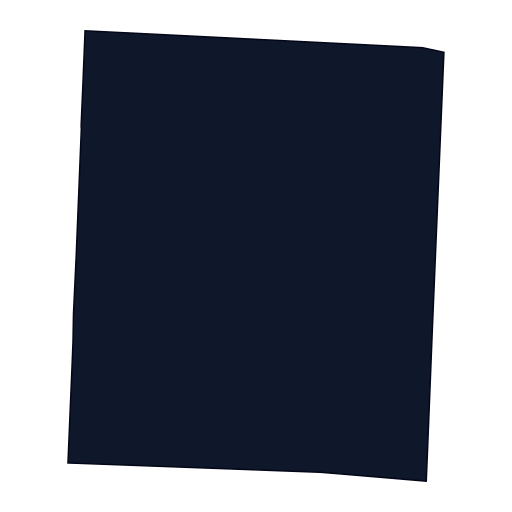 outline of Union, Indiana, United States of America, rotated 182°
{"feature_id": "52423323B55431880167171", "entity_name": "Union", "entity_type": "district", "adm_level": 2, "iso_a3": "USA", "parent_name": "United States of America", "parent_adm1": "Indiana", "projection": "mercator", "projection_center": [-84.88, 39.626], "detail": "fine", "context": "isolated", "style": "filled", "palette": "ink", "viewbox_px": 512, "rotation_deg": 182, "n_neighbors": 0, "source": "geoboundaries", "source_scale": "gbopen_adm2", "svg_char_len": 378}
<svg xmlns="http://www.w3.org/2000/svg" viewBox="0 0 512 512"><g transform="rotate(182 256 256)"><path d="M434.7,475.1L435.0,420.0L435.3,381.6L435.3,379.5L435.2,378.5L435.0,377.1L435.7,249.3L436.4,192.3L435.9,164.0L436.0,140.2L436.7,42.6L183.7,42.1L78.0,36.9L77.8,67.6L77.2,189.6L75.3,466.1L96.9,470.0L434.7,475.1Z" fill="#0f172a" stroke="#020617" stroke-width="1.5"/></g></svg>